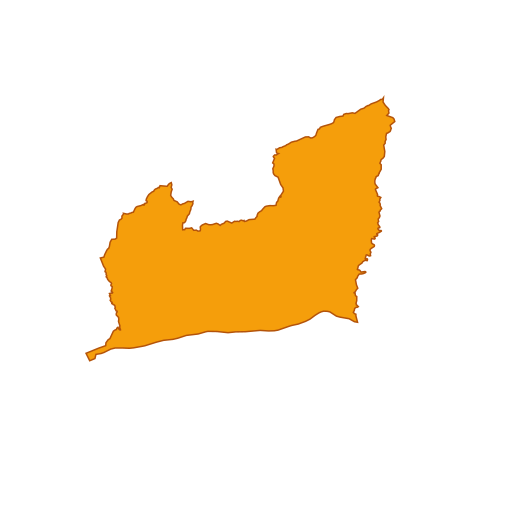 outline of Dubova, Mehedinti, Romania, rotated 54°
{"feature_id": "2599482B77671592259888", "entity_name": "Dubova", "entity_type": "district", "adm_level": 2, "iso_a3": "ROU", "parent_name": "Romania", "parent_adm1": "Mehedinti", "projection": "orthographic", "projection_center": [22.168, 44.612], "detail": "fine", "context": "isolated", "style": "filled", "palette": "amber", "viewbox_px": 512, "rotation_deg": 54, "n_neighbors": 0, "source": "geoboundaries", "source_scale": "gbopen_adm2", "svg_char_len": 6113}
<svg xmlns="http://www.w3.org/2000/svg" viewBox="0 0 512 512"><g transform="rotate(54 256 256)"><path d="M193.9,103.5L192.4,106.1L191.0,109.8L191.8,112.4L193.1,113.9L193.5,114.7L193.6,115.4L193.4,117.0L192.8,119.1L190.5,125.4L189.7,128.3L190.5,130.0L190.0,131.4L192.0,134.6L193.6,136.7L193.8,138.2L193.7,139.9L193.5,141.0L192.7,142.4L190.5,143.4L188.7,146.1L186.8,155.7L186.0,157.1L184.7,160.5L184.5,164.0L184.0,166.0L184.2,167.0L183.4,170.0L183.4,171.1L182.3,173.3L182.1,176.4L181.4,177.0L184.4,178.6L185.5,178.5L186.3,177.7L186.2,180.2L185.2,181.5L185.6,183.5L186.3,183.7L187.9,183.6L190.5,187.8L192.0,187.4L192.8,187.8L193.8,188.6L195.3,191.1L197.0,191.9L198.7,193.1L200.0,193.5L202.1,193.4L205.2,191.8L212.7,194.0L216.8,194.1L219.7,195.7L221.6,200.6L222.4,200.7L222.9,201.2L222.7,201.8L221.8,201.8L222.5,203.7L224.4,206.1L224.7,207.7L225.1,208.3L226.8,210.0L225.5,212.4L223.3,215.3L221.7,218.5L221.4,219.9L222.2,223.8L222.6,224.7L222.4,227.0L222.5,229.2L223.8,231.3L224.6,231.8L224.9,233.5L225.5,235.3L222.5,240.2L222.1,243.2L221.3,245.0L220.2,244.8L220.2,245.5L218.4,246.8L218.0,247.8L218.2,249.4L216.8,250.8L216.3,251.9L215.3,252.9L215.1,256.3L210.9,258.7L210.2,260.1L210.7,262.7L210.0,265.4L210.2,267.0L207.6,267.9L206.2,268.9L205.0,272.7L204.1,274.3L202.9,275.8L200.1,277.7L199.3,281.3L199.5,283.6L199.8,284.1L201.6,285.1L202.8,286.2L202.7,286.7L201.8,288.3L200.1,289.0L198.6,291.3L195.4,291.5L194.5,293.6L192.1,296.8L192.8,298.2L191.7,299.9L188.0,297.5L186.2,295.7L186.9,294.6L186.8,293.4L186.2,292.0L185.3,291.1L184.4,289.4L183.4,288.2L182.7,285.1L181.2,283.4L180.7,282.4L179.7,281.0L178.3,279.9L177.8,278.3L176.6,276.3L175.4,275.6L174.7,274.7L174.0,276.6L171.8,278.9L171.4,283.0L170.7,284.8L170.6,286.2L170.3,286.9L168.7,287.8L165.9,287.9L162.8,289.7L161.2,289.3L158.9,289.6L156.8,289.4L154.3,286.9L152.7,284.6L150.6,284.3L149.0,282.3L146.8,281.4L146.5,283.2L146.6,284.6L147.4,286.9L142.7,292.3L143.9,294.1L143.1,294.7L143.3,295.7L142.7,298.1L142.9,299.5L143.5,300.8L143.1,302.5L143.3,306.5L144.2,308.9L145.5,311.3L146.6,312.4L147.7,311.9L148.5,312.4L148.8,312.9L148.4,314.5L148.2,314.8L148.4,315.0L148.3,315.5L149.0,316.4L148.9,316.7L148.6,317.0L148.1,316.9L147.6,319.4L146.1,323.1L146.0,324.4L146.5,325.9L148.5,329.5L147.9,330.6L147.7,332.0L147.0,333.6L147.1,334.3L146.1,335.9L143.6,338.1L143.9,338.2L144.5,339.5L144.9,341.0L146.7,342.3L146.9,343.9L146.6,345.3L147.9,347.8L154.6,354.4L159.6,358.2L159.6,360.0L157.7,362.9L159.1,365.9L162.2,369.1L163.2,370.7L163.2,372.1L163.8,373.6L166.0,377.7L167.5,379.7L166.1,383.1L174.7,385.3L178.2,385.4L179.9,387.3L180.2,387.0L181.8,387.2L182.6,388.0L184.3,388.4L184.6,389.3L185.0,389.5L185.8,389.2L187.5,389.7L189.4,389.7L191.0,389.4L192.2,388.9L193.3,389.0L194.2,390.5L194.8,390.8L196.2,390.3L197.6,391.5L199.0,393.5L199.2,393.2L199.8,393.7L200.9,393.4L201.4,393.5L201.5,394.4L200.8,395.1L200.2,396.6L202.3,397.0L202.0,397.4L202.1,398.0L204.1,398.2L205.0,398.6L205.7,399.1L206.1,400.0L208.3,400.1L208.9,399.7L209.7,400.6L210.0,400.2L211.4,400.1L212.5,399.4L213.2,399.4L215.0,400.2L215.3,400.9L218.3,401.4L219.0,400.8L219.6,401.1L220.0,402.3L220.7,403.1L221.5,403.7L224.9,403.3L226.5,404.2L228.1,405.7L232.6,407.2L233.4,408.1L236.1,409.0L236.0,409.5L234.4,409.9L232.5,409.6L232.6,411.0L233.4,412.3L233.0,413.6L233.0,415.6L237.0,422.8L236.8,424.7L238.0,428.4L240.2,430.3L238.1,437.3L234.8,450.7L243.0,452.1L244.3,446.6L241.5,443.3L243.8,438.7L244.7,435.7L245.9,428.3L247.6,424.1L252.0,418.0L256.2,412.7L258.3,409.1L262.0,401.5L263.3,398.7L267.1,387.4L269.9,380.3L274.6,372.2L276.5,367.7L279.3,359.0L285.1,348.6L287.8,341.1L288.7,339.2L294.1,332.0L301.6,323.7L305.4,317.1L311.0,309.1L318.6,296.4L324.0,289.9L327.2,285.2L328.9,281.8L332.3,270.5L333.2,267.9L335.9,261.8L338.0,254.3L338.8,249.5L338.7,243.0L339.0,238.6L339.5,236.1L340.4,233.7L342.6,230.9L344.6,229.1L351.9,226.3L354.8,224.0L361.5,217.5L367.0,215.0L369.3,212.8L363.2,210.4L361.8,209.4L360.6,210.2L358.8,210.4L357.7,208.3L356.4,207.0L356.4,205.1L357.0,204.3L357.1,203.0L355.2,203.2L354.5,203.6L353.7,203.0L353.1,203.0L351.4,200.8L348.0,198.3L346.7,198.8L346.2,198.7L344.1,197.6L343.6,198.3L343.2,198.1L343.4,197.0L342.3,194.6L341.9,192.6L338.4,191.7L333.7,189.5L333.2,187.6L333.2,187.0L332.1,185.6L331.3,183.1L332.7,181.0L333.4,179.3L333.8,177.4L333.6,176.6L332.9,176.7L332.5,177.1L330.8,180.4L328.3,180.5L326.8,181.8L326.5,181.9L326.1,181.5L325.7,180.8L324.2,179.2L323.9,178.0L324.0,174.4L323.4,173.2L323.5,170.8L323.8,170.1L325.1,168.8L324.6,168.0L323.8,167.6L323.3,168.0L322.8,169.3L322.3,169.2L320.0,166.3L320.2,165.6L322.4,164.5L322.9,163.9L323.1,163.1L321.5,162.4L320.5,160.8L318.8,160.6L318.1,160.2L317.7,159.4L317.6,158.2L317.8,154.8L317.3,154.1L316.6,153.8L315.8,154.0L314.8,154.6L313.5,154.9L310.9,153.4L309.9,152.2L311.9,150.3L312.0,149.8L311.8,149.3L311.3,149.2L309.9,149.2L309.8,148.9L310.4,148.1L310.4,147.6L311.0,146.3L310.8,145.5L310.3,145.1L309.5,145.5L309.1,145.4L308.9,145.1L309.5,142.2L309.6,140.0L309.4,139.8L309.0,139.8L307.9,141.3L306.0,141.5L305.3,141.1L305.2,140.5L305.8,139.4L305.6,138.9L305.1,138.7L302.5,138.7L300.6,138.0L300.2,136.5L298.5,135.8L297.8,135.2L297.5,133.7L296.5,132.2L292.9,130.8L292.6,130.1L292.6,129.3L291.9,128.3L291.6,126.5L288.1,125.9L287.2,125.1L286.1,124.7L284.8,124.8L283.8,123.0L282.8,122.5L282.0,120.6L280.2,121.5L279.0,122.5L278.3,122.2L277.7,121.5L272.4,120.3L272.0,119.8L272.4,117.2L268.3,117.3L267.1,117.1L265.0,115.7L263.4,113.8L263.2,113.0L262.5,112.4L262.5,111.0L262.8,110.5L262.7,109.7L261.7,108.5L261.7,107.9L261.2,107.6L259.4,103.7L255.8,101.1L253.7,101.3L252.5,99.1L251.9,98.7L251.6,98.0L251.5,95.7L250.9,93.7L247.2,90.4L241.3,87.5L240.7,85.2L239.2,84.2L238.2,82.3L235.9,81.0L233.5,78.3L234.0,77.0L233.9,76.3L234.1,74.8L233.9,73.9L232.1,71.4L231.2,71.4L229.1,70.6L228.8,64.7L226.2,63.8L224.5,64.0L219.2,67.6L218.5,64.4L216.3,63.4L215.8,62.4L214.4,62.3L210.1,62.9L206.1,62.7L202.9,59.9L203.4,61.3L203.4,61.9L202.6,63.2L202.7,64.6L202.2,68.0L200.6,73.5L200.5,76.4L200.1,76.9L199.7,79.1L199.9,81.7L198.8,85.0L198.8,92.1L196.8,93.9L194.9,97.9L193.8,99.2L193.0,101.7L193.9,103.5Z" fill="#f59e0b" stroke="#b45309" stroke-width="1.5"/></g></svg>